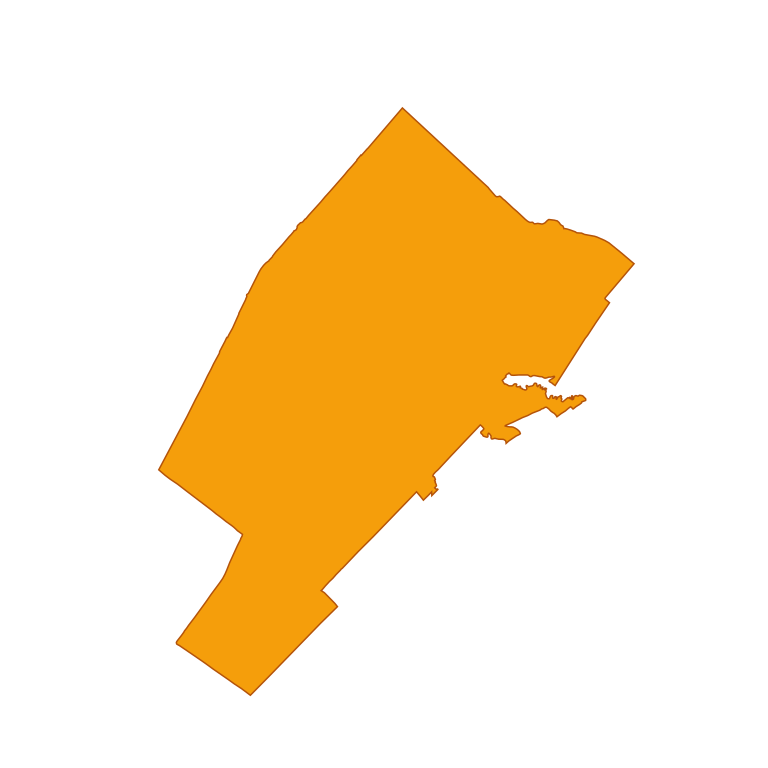 the district of Tatarastii De Sus, Teleorman, Romania, rotated 163°
{"feature_id": "2599482B7742173456178", "entity_name": "Tatarastii De Sus", "entity_type": "district", "adm_level": 2, "iso_a3": "ROU", "parent_name": "Romania", "parent_adm1": "Teleorman", "projection": "orthographic", "projection_center": [25.114, 44.405], "detail": "fine", "context": "isolated", "style": "filled", "palette": "amber", "viewbox_px": 768, "rotation_deg": 163, "n_neighbors": 0, "source": "geoboundaries", "source_scale": "gbopen_adm2", "svg_char_len": 6135}
<svg xmlns="http://www.w3.org/2000/svg" viewBox="0 0 768 768"><g transform="rotate(163 384 384)"><path d="M199.1,497.7L200.7,500.1L206.3,509.9L209.1,514.3L215.0,524.6L215.7,525.4L217.7,529.0L218.4,529.8L220.2,529.8L221.6,530.2L222.1,530.7L222.6,531.4L226.3,539.7L226.9,541.4L285.7,642.6L330.2,614.3L331.6,613.6L338.8,609.2L339.1,609.7L344.1,606.5L344.5,606.1L344.7,605.6L350.7,601.8L356.3,598.5L360.9,595.4L379.8,583.7L385.7,580.2L391.2,576.6L406.8,567.3L410.2,565.0L411.4,564.7L414.1,562.9L415.2,562.5L416.8,562.6L420.0,561.0L421.0,560.1L421.3,559.0L422.5,557.5L422.9,557.2L424.3,556.8L425.3,556.8L425.5,556.4L429.0,554.1L431.7,552.6L440.5,546.9L448.8,542.0L453.1,538.9L453.5,538.3L457.6,536.0L458.4,535.2L458.9,535.2L461.7,534.2L464.4,532.7L467.9,530.2L470.5,527.8L487.2,510.3L489.1,509.6L489.5,508.9L489.6,507.7L491.2,505.9L491.7,505.1L502.1,494.1L502.4,493.3L512.4,481.8L517.9,476.5L520.0,474.2L520.6,474.5L521.1,473.9L521.3,473.9L523.6,471.3L526.4,468.5L527.0,467.8L527.6,467.3L531.5,463.3L532.0,462.6L532.1,462.0L532.6,461.4L540.9,453.3L545.4,448.4L550.4,443.4L558.3,434.8L568.7,424.4L581.8,410.6L624.5,367.8L620.1,360.8L617.8,357.6L616.3,355.5L610.7,348.6L602.9,337.6L585.7,313.7L582.4,308.7L579.1,304.3L575.2,298.6L570.7,292.7L569.4,290.8L567.0,286.5L563.3,281.6L564.0,280.3L564.6,279.6L566.1,278.2L566.6,277.3L571.3,272.4L583.7,258.4L588.7,252.1L591.7,248.6L595.1,245.2L599.0,242.1L610.9,233.3L618.0,227.7L633.4,216.1L641.5,210.3L644.1,208.2L647.0,206.2L648.1,205.1L651.0,202.9L656.3,199.2L657.6,198.2L658.2,197.4L658.3,196.0L657.0,194.5L656.3,193.9L653.5,190.4L640.7,174.4L636.0,168.4L630.4,160.9L619.4,147.0L615.0,141.2L609.3,134.3L602.8,125.4L579.5,138.0L514.5,173.8L493.6,184.7L495.1,188.5L502.0,201.8L504.5,204.8L503.2,205.4L499.2,208.0L493.9,211.1L489.8,213.1L485.5,215.8L480.0,218.8L478.9,219.6L478.0,219.8L457.8,231.2L438.4,241.5L384.4,271.4L382.1,266.0L380.3,261.4L374.5,264.4L370.0,266.9L370.9,263.3L363.3,267.4L363.4,267.8L363.7,268.0L364.6,267.8L365.9,269.9L363.7,271.2L363.5,271.7L363.6,273.8L363.9,274.7L363.5,275.2L363.5,275.6L363.9,276.8L363.8,277.0L363.0,277.3L362.8,277.6L362.8,278.1L363.0,280.3L363.2,280.6L364.0,281.1L364.1,282.0L362.9,283.3L360.6,284.7L357.4,286.2L340.8,295.8L303.9,316.7L303.0,315.4L301.9,313.2L301.6,312.0L301.9,311.6L303.6,310.6L305.0,310.1L305.6,309.4L305.6,308.7L305.6,308.3L304.6,306.8L304.5,305.9L304.2,305.1L301.8,303.4L301.2,303.1L300.5,303.0L300.0,303.3L299.5,305.0L299.0,305.8L298.4,306.3L298.2,306.3L297.8,305.8L297.4,304.9L296.9,303.3L296.9,302.8L297.4,301.3L297.3,300.3L297.0,299.9L296.4,299.7L294.6,299.7L293.8,299.6L290.5,297.7L286.1,296.2L285.1,295.3L284.3,294.1L284.3,293.0L284.6,291.5L281.4,293.0L276.5,294.5L272.5,295.7L270.1,296.0L268.5,296.4L268.1,296.7L268.2,298.3L268.4,299.1L269.7,301.4L271.5,303.5L273.3,305.1L274.6,305.7L276.2,306.2L278.2,307.1L279.8,308.0L280.4,308.5L280.2,308.7L279.6,308.9L272.2,309.7L261.3,311.4L255.8,311.8L250.6,312.8L242.5,313.4L240.5,314.1L239.0,314.0L236.7,314.6L235.8,314.4L235.2,314.1L233.7,312.0L232.3,309.2L231.0,307.5L229.8,306.2L228.7,304.0L228.2,302.1L223.2,303.9L218.4,305.2L214.6,306.9L212.2,307.7L211.4,306.5L210.7,304.9L210.4,304.8L207.0,306.2L202.9,307.3L201.0,308.0L200.5,308.3L200.0,309.1L196.0,309.3L195.6,310.2L195.5,310.9L196.1,312.1L196.6,312.8L196.8,313.7L198.0,315.0L200.0,316.0L200.5,316.1L201.7,315.7L202.2,315.8L203.8,316.8L204.6,316.8L205.6,316.5L206.1,316.1L207.2,314.2L207.6,314.0L208.7,314.0L208.9,314.5L207.9,315.8L207.3,316.9L207.3,317.5L207.8,317.8L208.1,317.6L209.4,315.6L209.8,315.3L210.2,315.4L210.4,315.8L210.2,316.6L210.3,316.9L210.6,317.0L211.2,316.5L212.0,317.0L212.4,317.1L218.1,314.7L219.2,315.4L219.4,315.9L219.3,316.3L218.5,317.3L218.3,317.7L218.4,318.0L218.8,318.7L218.6,319.2L218.1,319.8L217.9,320.2L218.0,320.7L218.4,321.2L219.0,321.2L220.1,320.7L221.5,320.7L222.8,319.3L223.5,319.0L223.8,319.5L223.1,321.0L223.1,321.4L223.7,321.8L224.1,321.8L224.5,321.7L225.2,321.0L225.8,320.7L226.6,320.9L226.8,321.4L226.2,323.2L226.3,323.6L226.7,323.9L227.7,324.0L228.3,323.7L228.7,323.4L229.7,322.0L230.2,321.6L231.3,321.9L231.8,322.3L232.1,322.9L232.4,324.3L232.4,327.6L231.3,329.2L231.0,330.0L231.2,330.7L232.0,331.5L231.8,331.7L230.4,331.6L230.0,331.8L230.1,332.2L230.3,332.5L231.2,333.0L232.1,332.9L233.9,332.4L234.2,332.5L234.2,332.8L233.2,334.6L233.8,334.8L235.2,334.4L235.6,334.6L235.6,335.0L234.8,336.3L234.7,336.9L234.8,337.3L235.5,337.7L236.1,337.6L236.8,337.3L237.6,336.5L237.8,336.5L238.1,336.9L238.3,337.6L238.0,338.9L238.0,339.6L238.2,340.0L239.2,340.6L240.0,340.6L241.7,339.1L243.2,338.8L243.9,339.0L246.6,339.2L246.9,339.4L247.4,340.4L247.9,340.8L248.4,340.7L248.7,340.2L248.8,339.7L248.7,337.9L248.9,337.4L250.1,336.8L251.0,337.1L252.1,338.0L253.2,338.6L253.3,338.8L253.2,339.3L253.5,339.7L254.8,340.5L254.2,341.7L254.3,342.0L255.0,342.1L256.4,342.0L257.2,342.2L258.0,342.8L258.1,343.3L257.2,344.8L257.3,345.1L257.9,345.6L259.0,345.9L259.6,345.8L260.4,345.5L261.4,344.8L262.6,344.9L265.0,345.7L265.7,346.3L266.1,347.0L267.1,347.8L267.7,348.5L268.5,348.6L268.9,349.2L269.7,352.2L269.8,353.0L268.0,353.7L266.2,354.8L265.3,355.0L265.2,355.2L265.4,355.8L265.4,356.2L263.5,357.4L263.2,357.5L262.4,357.4L261.7,357.9L261.3,358.0L260.9,357.6L260.2,356.0L259.7,355.4L259.3,355.1L257.4,354.4L252.4,353.2L243.9,350.6L242.9,349.6L242.3,348.7L241.4,348.1L240.9,348.1L239.2,348.5L237.4,348.0L233.0,345.6L230.7,344.7L229.4,343.3L228.3,342.5L226.8,342.3L224.6,342.4L223.1,342.1L222.5,341.8L219.5,341.7L218.9,341.5L218.8,341.1L219.0,340.8L221.0,340.0L224.2,339.3L225.1,338.8L225.2,338.4L225.1,338.1L224.9,337.7L223.1,335.8L222.6,334.9L220.8,332.5L178.4,368.7L175.1,371.0L163.6,380.6L144.6,395.8L147.5,400.2L147.7,401.1L147.2,401.8L109.7,425.9L118.4,439.5L127.6,453.2L131.0,456.8L137.4,462.3L139.4,463.7L148.5,468.4L150.9,470.5L155.4,472.2L156.7,473.7L160.8,476.8L163.6,478.7L165.9,479.9L166.5,479.9L166.7,482.7L167.9,483.9L168.3,484.5L168.7,485.3L169.4,487.3L170.6,489.3L173.3,490.9L178.0,493.0L178.6,493.1L180.2,492.5L182.8,491.1L184.1,490.8L186.0,490.7L189.9,492.6L193.1,493.1L193.6,493.5L194.5,495.1L194.8,495.3L197.3,495.9L199.1,497.7Z" fill="#f59e0b" stroke="#b45309" stroke-width="1.5"/></g></svg>